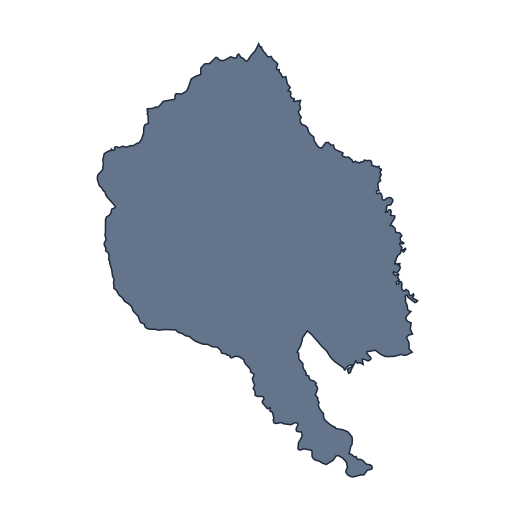 Aguazul, Casanare, Colombia (Mercator projection), rotated 5°
{"feature_id": "7082276B87495791799941", "entity_name": "Aguazul", "entity_type": "district", "adm_level": 2, "iso_a3": "COL", "parent_name": "Colombia", "parent_adm1": "Casanare", "projection": "mercator", "projection_center": [-72.5, 5.106], "detail": "fine", "context": "isolated", "style": "filled", "palette": "slate", "viewbox_px": 512, "rotation_deg": 5, "n_neighbors": 0, "source": "geoboundaries", "source_scale": "gbopen_adm2", "svg_char_len": 6101}
<svg xmlns="http://www.w3.org/2000/svg" viewBox="0 0 512 512"><g transform="rotate(5 256 256)"><path d="M135.1,123.5L136.2,125.5L137.2,133.0L133.7,135.2L133.0,138.2L133.3,143.2L131.9,149.4L130.0,153.1L127.2,154.4L124.2,156.8L121.7,156.9L117.2,159.0L113.9,158.2L110.5,159.9L106.6,159.3L105.5,160.6L106.1,161.9L105.7,162.8L104.1,163.2L102.6,162.0L102.1,163.7L99.9,164.3L95.9,167.3L95.1,173.5L96.0,178.2L95.6,180.7L95.9,182.0L95.5,183.7L91.7,188.5L91.1,190.8L91.3,193.6L93.9,199.8L96.3,201.4L98.0,204.2L99.9,205.1L100.9,208.0L102.7,210.4L111.1,218.3L111.4,220.1L108.2,221.9L107.6,226.2L106.2,228.3L103.6,230.2L102.9,232.8L104.0,246.5L103.6,248.2L105.0,251.7L104.9,253.6L103.6,256.4L104.1,258.8L105.7,261.1L105.8,264.1L108.1,265.3L109.4,267.5L109.6,272.5L110.8,274.2L111.0,276.2L113.4,282.0L114.8,288.5L116.8,291.8L116.3,294.3L117.4,300.8L119.8,302.2L123.1,307.0L126.4,309.1L129.0,312.6L133.0,314.6L136.4,317.3L138.5,321.6L143.8,326.2L146.5,331.9L147.2,332.5L150.5,333.4L151.7,336.3L152.9,337.3L156.1,338.2L161.9,337.8L165.5,338.4L171.3,337.2L182.3,336.6L185.4,339.0L188.7,339.5L192.9,341.6L196.6,342.0L201.7,345.5L205.4,347.0L210.7,348.4L215.9,348.3L220.2,350.2L225.4,350.2L229.1,353.2L230.1,355.7L234.5,356.2L235.9,357.2L238.4,357.5L239.4,359.5L240.6,359.6L244.2,357.7L245.8,357.6L248.2,357.9L253.0,360.4L253.4,362.2L255.3,364.8L260.3,369.3L260.7,372.0L264.3,374.0L264.3,375.4L263.1,378.2L263.5,380.2L265.9,384.8L264.7,388.2L266.8,390.8L267.3,394.9L269.5,395.7L274.6,395.4L275.6,396.0L276.5,397.5L274.9,400.1L275.2,401.7L280.4,406.9L281.4,407.2L282.7,406.0L283.6,406.3L283.3,409.1L286.0,410.4L288.0,416.1L287.4,417.6L288.4,420.6L290.5,421.1L296.1,419.7L297.9,420.7L305.5,421.0L309.6,418.5L312.1,419.0L312.5,420.5L311.0,424.5L311.5,426.6L312.2,427.2L316.6,427.5L317.5,429.9L317.3,432.6L314.6,438.2L314.6,444.3L315.5,445.3L317.2,445.4L320.5,443.9L328.1,444.7L328.8,445.7L329.3,450.8L330.7,452.8L332.7,454.1L337.1,454.9L340.0,456.5L344.2,457.6L350.8,452.6L353.1,448.3L355.3,447.6L360.1,449.8L364.0,453.5L365.5,458.6L364.4,461.7L364.4,463.7L366.5,466.2L369.4,467.4L371.9,467.7L379.6,464.9L382.5,464.7L385.6,459.7L389.8,458.3L390.2,457.0L389.7,455.1L388.0,454.1L383.8,453.7L380.3,450.4L377.1,449.3L375.0,450.0L373.0,447.0L371.4,447.6L368.5,445.3L366.0,445.0L367.0,437.3L368.0,435.7L368.1,431.0L367.4,427.9L364.1,424.3L362.5,423.0L357.6,421.5L350.4,420.9L349.4,419.3L348.6,419.5L344.1,417.2L339.1,413.5L337.5,411.1L336.9,406.7L335.9,406.3L332.2,402.0L331.0,398.8L331.6,396.2L330.0,394.5L330.0,392.0L327.2,389.3L328.9,383.2L328.3,380.9L326.5,379.2L327.1,377.5L324.3,375.3L321.8,375.1L320.3,374.0L318.9,370.8L316.2,370.2L316.2,368.6L315.1,366.3L313.8,365.2L312.4,362.4L312.1,359.2L307.6,354.8L306.9,349.0L305.3,348.3L308.2,341.7L309.5,335.4L309.3,333.8L313.6,326.2L318.2,329.3L329.3,340.1L334.3,344.1L339.5,350.9L344.0,354.6L352.9,359.8L354.0,361.8L354.8,361.6L356.0,358.9L358.8,356.5L361.2,356.2L361.2,358.1L357.9,359.8L357.0,361.1L358.5,364.8L360.1,363.9L360.9,360.5L364.6,351.7L366.2,353.9L368.8,353.2L372.2,354.7L370.8,349.6L372.3,349.3L376.8,350.8L379.3,349.0L379.4,347.5L375.0,343.3L374.8,341.8L383.1,339.5L388.9,343.2L393.1,344.7L395.5,344.8L402.6,343.9L409.3,341.4L412.0,342.0L414.5,341.6L420.0,338.2L416.6,335.2L416.0,329.0L413.0,324.1L414.8,321.6L418.8,320.1L416.1,315.6L416.4,309.1L412.6,307.8L410.9,305.9L410.7,304.4L411.3,302.7L415.1,297.7L412.6,297.1L411.7,296.0L410.8,291.9L408.8,288.0L408.7,284.5L408.1,283.1L409.3,281.9L410.1,282.1L411.0,283.8L418.4,288.6L419.8,288.0L420.9,286.4L415.6,284.1L416.7,281.2L416.0,280.0L414.1,282.0L413.3,282.0L412.0,281.0L411.1,277.8L410.4,277.3L408.3,276.3L406.6,277.9L405.1,277.6L403.9,275.3L403.8,270.8L402.9,268.9L400.7,269.1L400.7,271.3L398.7,271.8L398.0,269.9L400.8,267.5L398.9,264.8L399.8,261.8L399.0,261.5L396.3,263.3L394.1,260.9L394.5,259.6L396.7,260.5L398.1,260.2L399.9,257.8L400.8,254.8L399.7,253.0L400.0,251.0L398.9,251.0L398.2,252.5L396.9,251.2L395.3,252.0L394.7,251.6L395.2,250.4L394.8,249.3L395.9,248.3L395.9,246.4L397.4,242.9L399.7,240.7L399.8,238.5L401.1,238.1L402.7,239.2L404.6,236.0L403.9,235.3L402.8,236.6L400.9,237.4L400.1,237.1L400.7,234.7L398.5,232.6L398.0,230.9L399.0,230.6L401.0,231.3L402.1,230.5L401.8,229.8L398.8,228.6L398.4,227.6L398.1,224.6L399.3,223.8L399.5,222.9L397.2,220.5L393.3,220.3L391.9,216.1L389.2,213.9L387.0,213.7L390.9,205.8L390.7,204.0L386.5,203.7L386.9,200.3L386.0,198.3L384.3,198.5L383.0,200.6L381.2,201.0L382.0,198.2L381.8,195.3L382.5,194.2L385.9,193.2L387.5,189.4L387.4,188.0L385.7,186.5L383.9,186.0L380.7,187.3L379.1,189.2L377.8,189.1L376.8,188.1L376.2,185.0L374.8,182.6L373.7,182.3L371.4,183.4L370.4,182.3L370.4,180.7L373.0,180.2L372.0,178.4L371.1,173.5L371.6,171.8L373.6,170.2L372.4,167.5L373.7,163.8L371.9,162.0L373.4,159.7L373.2,158.5L371.3,158.3L370.6,155.8L368.8,156.7L363.6,155.6L362.7,151.7L361.0,150.8L357.9,151.4L355.6,150.9L354.5,152.8L352.4,153.1L350.8,154.4L349.4,153.7L348.0,154.1L347.0,152.9L344.5,154.1L343.3,152.0L339.5,149.3L337.6,149.8L333.8,149.1L332.8,147.8L333.7,146.7L333.5,145.6L326.0,143.2L324.6,141.8L323.4,138.6L321.1,139.1L318.4,136.6L315.6,136.9L312.0,142.8L308.6,142.1L303.8,135.9L303.2,132.4L300.3,130.6L297.7,128.0L296.2,123.8L293.5,121.7L290.5,121.1L288.2,118.0L287.9,116.6L289.0,113.8L286.7,111.1L285.6,108.3L287.3,106.1L287.3,104.1L286.1,101.4L286.9,97.1L280.1,98.8L280.4,95.9L278.0,95.5L276.1,93.6L276.7,91.6L276.1,89.2L273.5,88.7L275.4,85.1L272.2,81.7L270.1,74.7L266.8,75.7L265.1,72.4L263.0,70.4L262.9,68.3L260.5,68.5L259.9,66.0L260.9,64.2L260.7,62.4L255.6,58.7L253.7,55.9L251.1,56.5L249.6,55.9L247.7,53.3L245.2,51.3L244.7,49.7L243.4,49.2L243.4,47.3L241.6,47.2L240.2,44.3L237.3,51.8L234.0,55.9L230.3,62.5L228.8,62.6L226.0,60.2L223.5,59.4L221.6,56.6L220.9,56.4L219.9,57.4L219.3,59.9L217.8,60.9L213.5,59.7L207.0,64.1L203.0,64.2L199.9,61.7L198.8,61.6L193.0,68.3L188.1,69.1L184.6,73.7L185.2,79.9L180.3,82.2L176.1,85.2L173.3,96.0L171.9,98.1L168.1,101.0L162.3,101.3L161.3,103.0L161.6,106.0L161.2,107.0L150.1,110.0L147.5,113.9L144.7,116.7L142.7,116.3L142.2,117.2L139.4,118.1L134.9,118.8L134.9,120.7L136.0,122.0L135.1,123.5Z" fill="#64748b" stroke="#1e293b" stroke-width="1.5"/></g></svg>